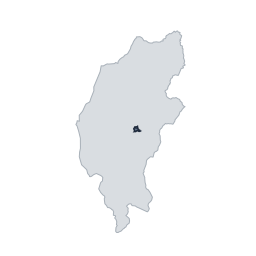 location of Dashinchilen, Bulgan, Mongolia, rotated 101°
{"feature_id": "93677404B19716621729133", "entity_name": "Dashinchilen", "entity_type": "district", "adm_level": 2, "iso_a3": "MNG", "parent_name": "Mongolia", "parent_adm1": "Bulgan", "projection": "albers", "projection_center": [104.04, 47.859], "detail": "fine", "context": "in_parent", "style": "filled", "palette": "slate", "viewbox_px": 256, "rotation_deg": 101, "n_neighbors": 0, "source": "geoboundaries", "source_scale": "gbopen_adm2", "svg_char_len": 4631}
<svg xmlns="http://www.w3.org/2000/svg" viewBox="0 0 256 256"><g transform="rotate(101 128 128)"><path d="M24.3,95.2L25.1,95.3L26.4,94.7L26.8,93.5L27.3,92.9L30.1,93.2L31.3,93.8L31.6,93.1L31.9,93.0L32.4,93.8L33.1,93.6L33.6,93.4L34.2,92.6L35.1,92.9L36.9,92.2L37.1,90.4L37.8,90.1L39.3,90.0L39.7,89.2L40.0,89.0L41.1,89.0L43.1,88.4L43.9,88.5L44.7,87.8L46.5,87.0L49.0,86.9L49.3,86.4L51.8,85.1L54.1,85.4L55.0,84.1L55.4,84.0L56.8,85.9L57.5,85.8L57.8,85.2L58.8,85.4L59.1,86.6L59.6,87.2L66.6,88.6L66.8,89.1L66.8,91.9L68.0,93.4L68.2,94.0L70.2,94.1L71.2,95.3L72.9,95.4L73.7,95.8L75.5,95.0L75.9,95.0L76.4,95.6L77.2,95.3L78.7,96.4L79.9,96.4L80.4,96.8L81.2,96.5L82.9,97.0L84.1,98.6L85.1,98.6L86.3,97.7L86.7,97.0L88.4,96.8L89.4,96.3L90.0,95.7L91.1,93.6L91.5,91.3L90.7,90.9L90.0,90.1L89.7,88.9L89.7,88.0L89.0,86.7L89.1,86.1L89.7,85.0L90.0,83.2L90.7,82.3L91.8,81.8L92.0,81.1L92.8,79.8L94.6,79.2L95.7,77.7L96.3,76.2L97.1,77.0L99.3,78.3L101.1,78.9L102.3,80.1L105.6,80.5L111.0,83.4L112.2,83.3L115.5,84.5L115.7,84.9L115.6,86.9L115.9,87.5L116.0,89.6L116.6,90.7L116.4,92.0L116.7,92.4L117.5,92.6L118.8,94.0L121.8,95.0L122.6,95.9L124.7,96.5L125.8,96.1L127.5,96.4L128.1,96.2L129.2,95.2L129.9,94.9L133.8,94.0L134.9,93.3L135.6,93.2L138.7,93.8L140.8,94.7L143.9,94.5L145.4,95.6L146.1,96.7L147.3,97.6L151.6,97.8L151.8,98.0L151.9,100.3L152.1,100.6L155.0,103.0L156.4,103.6L160.3,103.3L166.6,104.4L168.0,103.8L169.3,104.5L169.8,104.4L173.6,102.0L174.2,102.0L178.3,100.8L180.8,99.5L182.7,99.4L184.2,98.3L184.7,96.5L187.0,94.1L191.2,90.9L194.0,91.0L195.7,91.7L197.7,93.2L198.7,93.6L200.5,93.5L202.9,91.8L204.3,91.9L205.6,92.3L206.6,93.1L204.1,103.2L204.1,103.8L203.1,106.0L203.4,109.2L201.8,110.6L202.3,112.3L202.8,113.0L204.9,114.5L205.5,114.2L205.9,113.3L206.8,112.5L208.7,112.4L210.2,111.8L212.3,112.1L214.4,113.3L216.5,109.6L218.9,108.7L221.2,108.7L223.3,110.6L225.6,111.2L226.4,112.3L227.3,112.6L227.6,113.2L230.6,115.2L231.5,116.7L232.4,117.7L232.7,118.9L232.6,119.5L231.7,120.4L228.0,120.8L225.7,120.0L225.1,120.9L222.3,121.1L220.8,121.9L219.8,122.6L219.3,123.5L218.9,123.7L218.4,123.8L217.5,123.3L216.8,123.4L216.6,123.6L216.4,125.7L214.1,126.1L213.2,126.0L211.4,127.3L211.3,128.1L210.4,129.4L209.7,131.5L210.0,132.4L209.8,133.0L208.2,134.3L206.8,136.2L203.4,137.4L201.7,137.8L200.4,137.5L199.3,138.0L198.5,139.9L196.5,142.5L193.4,145.1L187.2,144.5L186.4,144.2L185.0,143.0L181.4,143.3L180.5,144.3L179.8,145.8L178.7,150.4L180.3,152.8L182.1,154.3L182.9,155.4L183.0,156.4L181.9,157.0L180.5,158.8L176.8,160.6L173.0,166.5L165.6,170.3L160.9,170.9L157.1,170.8L147.1,172.8L140.6,175.8L135.7,178.4L134.7,179.6L134.2,179.8L133.3,179.3L130.6,179.2L130.6,177.1L124.8,178.3L120.2,175.8L113.6,174.2L112.2,173.6L110.0,170.8L108.9,170.4L106.0,170.1L98.0,168.6L94.2,169.4L78.1,166.1L72.2,166.2L72.0,165.9L71.8,164.1L69.3,161.1L69.0,160.4L69.0,159.4L67.4,153.6L66.1,152.6L66.5,150.3L64.4,150.3L62.1,149.1L59.9,147.2L58.9,145.8L57.3,145.3L55.5,142.8L54.6,142.3L49.8,140.7L47.2,140.6L44.6,139.6L41.6,139.0L40.7,138.4L39.8,138.3L38.2,137.1L37.0,137.1L36.1,133.7L36.7,131.7L37.5,130.7L39.2,129.1L39.3,128.5L39.0,126.8L40.3,124.1L40.3,122.3L39.9,120.1L38.9,119.5L38.0,116.5L37.9,114.4L37.5,112.8L36.2,111.7L36.0,110.3L35.5,110.1L35.1,110.5L34.3,110.5L33.5,109.5L33.2,108.5L32.7,108.2L31.7,108.0L30.8,108.3L29.9,107.9L29.2,106.9L27.3,105.2L27.4,104.3L27.2,103.6L26.6,103.2L26.1,102.5L24.2,101.2L24.2,100.8L25.0,99.9L23.7,98.8L23.3,97.8L24.4,96.8L24.2,96.0L24.3,95.2Z" fill="#d9dde1" stroke="#a8b0b8" stroke-width="1"/><path d="M129.1,116.6L129.0,116.4L129.0,116.5L128.9,116.4L129.0,116.4L128.9,116.4L129.0,116.3L128.9,116.2L129.0,116.2L128.9,115.9L129.0,115.9L129.0,115.7L128.9,115.4L128.9,115.5L128.8,115.4L128.8,115.5L128.7,115.6L128.4,115.7L128.4,115.8L128.2,115.9L128.1,116.0L128.1,116.3L128.1,116.5L127.9,116.6L127.8,116.8L127.7,116.9L127.7,117.0L127.4,117.2L127.3,117.3L127.2,117.4L127.2,117.5L127.1,117.8L127.1,118.0L126.9,118.0L126.7,118.2L126.6,118.3L126.4,118.4L126.2,118.4L126.2,118.5L125.9,118.6L125.9,118.8L125.7,118.8L125.7,118.7L125.7,118.8L125.7,118.7L125.7,118.8L125.4,118.8L125.2,118.9L124.9,118.9L125.0,118.9L124.9,118.9L124.6,119.0L125.1,119.5L125.2,119.9L125.4,120.4L125.5,120.7L125.5,120.8L125.6,121.0L125.6,121.4L125.8,121.6L126.2,121.5L126.4,121.2L126.4,121.3L126.5,121.4L126.5,121.5L126.7,121.8L126.8,121.8L127.0,121.9L127.1,122.0L127.7,122.2L129.0,121.2L129.3,121.2L129.7,121.1L130.1,121.0L130.3,121.1L130.2,120.8L130.2,120.7L130.1,120.4L130.2,120.2L130.0,119.9L129.9,119.9L129.8,119.7L129.7,119.6L129.7,119.4L129.3,119.3L128.9,118.7L128.8,118.1L128.9,117.8L129.1,117.1L129.0,116.7L129.1,116.6Z" fill="#64748b" stroke="#1e293b" stroke-width="1.5"/></g></svg>